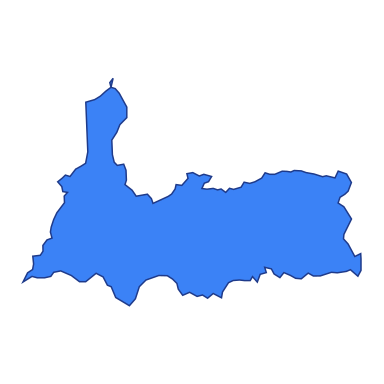 Itapuca, Rio Grande do Sul, Brazil (Natural Earth projection)
{"feature_id": "56859067B54250017496252", "entity_name": "Itapuca", "entity_type": "district", "adm_level": 2, "iso_a3": "BRA", "parent_name": "Brazil", "parent_adm1": "Rio Grande do Sul", "projection": "natural_earth1", "projection_center": [-52.198, -28.755], "detail": "fine", "context": "isolated", "style": "filled", "palette": "blue", "viewbox_px": 384, "rotation_deg": 0, "n_neighbors": 0, "source": "geoboundaries", "source_scale": "gbopen_adm2", "svg_char_len": 2088}
<svg xmlns="http://www.w3.org/2000/svg" viewBox="0 0 384 384"><path d="M357.9,276.2L361.0,270.4L361.0,258.9L360.7,253.6L354.8,256.5L348.1,244.0L343.5,238.9L343.9,234.4L351.5,219.0L343.9,206.8L338.1,203.0L340.0,197.3L344.9,194.2L348.1,191.2L351.4,182.5L346.6,174.0L338.2,171.1L335.0,177.9L326.3,175.8L322.6,176.7L314.0,174.0L306.1,172.6L301.3,170.9L294.2,170.5L290.8,172.0L286.9,171.4L282.2,171.2L274.8,174.3L269.7,174.3L265.1,172.8L261.7,178.1L254.9,181.8L249.7,183.4L244.1,182.2L241.1,187.2L233.6,189.4L229.5,188.3L225.7,192.4L221.1,189.0L217.6,189.9L213.2,188.4L207.0,189.2L201.9,188.5L204.3,183.2L208.5,181.7L211.6,176.5L203.8,174.3L199.3,176.0L192.8,172.6L186.9,173.7L188.0,178.4L181.8,185.4L176.1,184.6L175.1,189.0L171.6,194.1L168.2,196.4L153.0,203.4L151.4,198.6L147.4,194.2L136.2,196.2L132.1,190.2L125.0,184.6L126.4,180.1L126.0,170.2L123.7,164.2L117.3,165.4L114.2,162.2L112.4,154.7L111.8,140.1L116.8,132.3L119.9,124.6L126.8,117.6L126.8,107.1L119.2,93.2L115.2,88.6L111.0,87.3L105.8,91.2L100.3,96.2L94.7,99.6L85.8,102.2L87.8,151.9L85.6,163.3L81.0,166.2L75.7,169.1L70.0,176.5L65.4,175.1L62.3,178.1L57.7,181.8L61.8,186.6L62.8,191.6L67.5,192.4L64.2,196.1L64.5,202.7L56.9,212.7L53.7,219.5L51.2,227.1L50.4,232.0L52.0,238.1L47.0,239.9L42.9,245.4L43.0,251.2L40.3,255.3L32.8,256.2L33.6,264.0L32.6,269.5L27.6,272.8L23.0,282.0L32.0,276.4L37.3,277.8L44.5,277.8L50.8,276.4L53.7,272.3L60.7,270.9L71.3,275.5L79.5,281.7L85.7,281.7L96.1,273.3L103.1,276.9L107.4,285.2L111.2,286.7L115.7,297.5L129.4,305.7L135.4,298.8L139.3,286.7L146.0,280.0L158.8,275.5L167.3,275.7L172.6,279.1L176.9,283.4L178.3,289.2L182.7,295.3L189.6,292.3L197.1,296.4L202.5,295.0L207.6,298.2L213.2,293.5L221.5,297.8L222.5,292.0L228.5,282.7L233.2,280.5L239.5,280.0L244.7,280.6L250.2,280.6L252.5,276.6L257.3,282.1L260.2,274.3L266.3,272.6L264.7,267.3L271.4,268.9L274.1,274.0L279.9,277.6L283.9,272.6L290.4,275.4L295.6,278.3L301.3,278.8L308.2,273.1L313.4,276.0L320.3,275.9L331.4,272.3L337.3,272.8L346.4,271.4L350.4,269.7L357.9,276.2ZM111.0,87.3L113.1,78.3L109.8,82.6L111.0,87.3Z" fill="#3b82f6" stroke="#1e3a8a" stroke-width="1.5"/></svg>